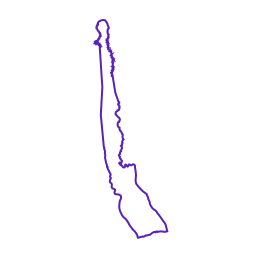 La Tola, Nariño, Colombia, rotated 173°
{"feature_id": "7082276B35669712343607", "entity_name": "La Tola", "entity_type": "district", "adm_level": 2, "iso_a3": "COL", "parent_name": "Colombia", "parent_adm1": "Nariño", "projection": "mercator", "projection_center": [-78.206, 2.35], "detail": "fine", "context": "isolated", "style": "outline", "palette": "violet", "viewbox_px": 256, "rotation_deg": 173, "n_neighbors": 0, "source": "geoboundaries", "source_scale": "gbopen_adm2", "svg_char_len": 5874}
<svg xmlns="http://www.w3.org/2000/svg" viewBox="0 0 256 256"><g transform="rotate(173 128 128)"><path d="M146.2,211.7L148.5,171.7L153.4,144.2L154.3,111.8L153.9,111.4L154.2,109.8L153.8,109.1L153.7,107.6L154.1,105.2L153.8,103.9L154.4,101.6L154.0,96.2L153.5,93.9L153.6,92.2L152.9,91.7L153.2,91.0L153.0,89.7L152.1,87.8L152.1,87.1L151.7,86.5L151.4,85.2L151.0,84.8L151.0,83.4L151.6,82.6L151.8,81.7L151.2,80.7L151.1,80.3L152.1,78.8L152.6,77.2L152.4,76.3L151.1,74.8L150.9,74.2L151.0,73.0L151.4,71.8L151.3,70.8L150.8,70.0L148.8,68.8L148.4,68.3L148.4,67.4L149.1,66.2L149.3,65.4L149.2,64.7L148.9,64.1L147.9,63.7L145.0,63.0L143.8,62.0L143.3,61.1L143.4,59.1L144.8,57.0L145.4,55.3L146.3,51.1L146.3,48.4L146.0,46.5L144.4,41.8L143.7,40.6L141.5,38.1L140.6,36.7L139.0,33.4L138.8,32.6L137.5,29.9L135.4,26.4L134.0,24.7L132.6,22.3L131.8,19.9L131.7,18.4L131.4,17.8L126.8,18.6L126.3,18.2L125.5,18.2L123.4,19.2L122.2,19.0L120.8,19.3L119.2,19.4L116.7,20.9L114.7,21.6L113.7,21.6L113.2,21.1L112.5,21.7L111.9,21.8L111.5,21.3L111.1,21.3L109.9,21.4L107.9,21.4L104.4,20.5L102.9,20.5L101.6,20.7L102.4,27.1L102.7,28.3L108.2,38.5L108.9,39.2L109.9,41.6L111.0,43.0L112.2,43.9L113.8,45.8L114.9,48.1L115.5,50.0L115.6,52.7L116.5,54.7L116.5,56.7L117.3,58.5L117.5,60.1L120.3,62.7L122.0,64.6L125.4,69.5L126.7,71.8L126.9,74.9L125.8,80.1L125.7,85.8L125.9,87.6L125.7,90.0L126.7,91.2L127.8,91.3L129.0,90.6L129.5,90.5L130.1,90.9L130.9,91.6L131.3,91.7L131.7,91.5L132.1,91.0L132.5,90.0L133.3,89.8L133.6,90.1L134.3,91.7L135.0,92.0L135.2,91.9L135.4,91.4L135.9,89.7L136.3,89.4L137.0,89.3L137.8,89.8L138.1,90.2L138.4,91.1L139.8,92.2L141.0,93.8L140.8,94.5L140.1,94.7L139.8,94.5L139.4,93.7L139.1,93.5L138.7,94.6L138.0,95.6L138.0,96.1L138.6,97.0L138.7,97.8L139.0,98.2L139.7,98.8L139.8,99.9L139.5,100.6L140.2,101.4L140.4,102.0L140.2,102.4L139.1,103.2L139.2,103.9L139.0,104.4L138.5,105.3L137.8,105.7L138.0,106.4L137.3,107.0L137.1,107.7L136.5,108.5L136.3,109.5L137.2,111.1L136.0,111.8L136.1,112.8L135.3,113.6L135.2,114.5L135.5,114.9L135.2,115.7L134.7,116.5L133.8,117.1L134.4,118.2L134.6,119.3L134.0,122.1L134.5,122.6L134.5,123.2L134.7,123.3L135.4,125.7L136.2,126.3L136.6,128.1L136.3,129.0L136.4,129.3L137.4,130.1L138.0,132.0L137.5,134.4L137.2,134.9L136.3,135.0L136.0,135.2L135.8,135.6L135.8,136.2L135.2,136.8L135.0,137.3L135.1,138.0L135.5,139.2L137.0,140.7L137.3,141.5L137.9,142.0L138.7,143.3L138.1,145.3L137.1,145.9L136.4,146.1L136.1,146.9L135.2,146.9L134.6,147.3L134.2,148.3L134.3,148.7L133.9,149.1L134.3,149.8L133.7,150.8L133.9,151.4L134.7,152.1L134.6,152.3L134.9,152.8L134.7,153.3L133.8,153.8L133.5,154.4L133.9,155.1L134.3,155.4L134.5,155.9L134.4,156.4L134.6,156.7L136.3,164.8L136.9,181.1L137.3,180.7L137.2,181.0L137.7,181.5L137.4,182.0L137.7,182.3L137.3,183.0L137.4,183.3L137.1,183.1L137.5,183.8L137.3,183.8L137.2,184.1L137.5,184.6L137.1,184.5L137.0,185.0L137.1,185.3L136.7,185.7L137.0,186.6L136.4,186.5L136.4,186.9L136.1,187.1L136.2,187.6L135.9,187.6L136.0,188.0L135.7,188.4L135.4,188.4L135.5,188.7L135.3,188.9L135.3,189.1L135.6,188.9L135.7,189.0L135.5,189.4L135.9,189.4L135.8,189.6L135.9,190.2L135.8,190.4L135.6,190.2L135.2,190.3L135.7,190.7L135.4,190.7L135.5,191.3L135.1,191.2L135.4,192.0L135.8,192.2L135.5,192.2L135.4,192.5L135.4,192.9L135.2,193.5L135.3,193.8L135.1,194.0L135.3,194.7L135.6,195.1L135.4,195.2L135.4,195.7L135.0,195.6L135.1,195.9L134.9,197.2L134.7,197.2L134.8,197.5L134.4,197.3L134.3,197.6L133.9,197.3L134.0,197.6L133.7,198.0L134.1,198.1L134.1,198.5L134.4,198.3L134.5,199.1L134.8,199.2L135.0,199.4L135.0,199.7L135.7,200.3L135.3,200.7L135.4,200.9L135.1,201.1L135.3,201.5L135.6,201.7L135.4,202.1L135.5,202.2L135.6,202.8L135.3,203.1L135.7,203.0L135.3,203.6L135.3,204.2L135.6,204.7L135.4,205.4L135.8,205.5L135.7,205.9L136.0,205.7L136.3,206.1L136.7,206.3L136.4,206.5L136.8,206.8L136.7,207.4L136.9,207.2L137.0,207.4L136.9,207.5L136.9,207.9L137.1,208.0L136.9,208.2L137.8,208.5L137.8,209.1L138.1,209.1L138.0,210.0L138.2,210.3L137.9,210.4L138.1,210.5L138.2,211.0L137.7,211.6L137.9,212.0L137.6,212.3L137.8,212.6L137.6,212.7L137.7,212.8L137.7,213.0L138.2,213.5L138.0,213.8L138.2,214.0L137.9,214.5L137.7,214.5L137.9,214.7L137.8,214.9L138.0,215.1L137.6,215.1L137.7,215.3L137.5,215.2L137.5,215.6L137.4,216.2L138.4,217.4L138.2,217.5L138.3,217.9L138.0,217.9L138.1,218.3L137.6,218.2L137.7,218.8L137.1,219.1L137.0,219.6L136.8,219.7L136.8,220.1L136.6,220.0L136.5,220.3L136.2,220.3L136.1,221.8L136.3,222.3L135.8,223.1L136.3,223.5L136.5,224.2L136.7,225.5L136.5,225.8L136.6,226.5L135.9,228.7L135.3,228.9L134.9,229.4L135.0,229.9L134.9,230.3L135.3,231.3L135.3,231.8L135.6,232.3L135.8,234.4L136.2,235.0L136.3,235.5L136.9,236.3L137.4,237.5L138.1,237.9L139.1,238.1L141.0,238.2L144.0,237.2L145.0,236.0L145.1,235.1L145.0,234.6L145.2,234.2L145.8,234.4L146.0,233.3L146.5,233.1L146.6,232.7L146.9,232.5L146.9,232.1L147.2,231.3L146.8,231.1L146.9,230.9L146.0,228.5L146.1,228.3L145.5,227.6L145.4,227.3L145.1,227.2L145.1,226.9L144.8,226.6L144.7,225.6L144.4,225.6L144.4,225.8L144.2,225.6L144.2,225.1L144.0,224.9L144.1,224.6L144.0,224.2L144.1,223.8L144.3,223.7L144.0,223.1L144.7,222.5L144.4,222.2L145.0,222.0L145.1,221.7L145.4,221.6L145.6,221.0L145.5,220.8L145.7,220.6L145.7,220.3L146.0,220.3L146.5,219.7L146.8,219.7L146.9,219.1L147.1,219.0L146.8,218.9L147.0,218.5L147.3,218.6L147.4,218.4L148.0,218.2L148.3,218.4L148.6,218.3L148.7,218.2L149.0,217.9L149.7,218.1L149.8,218.0L149.7,217.8L150.1,217.1L150.1,216.8L150.4,217.0L150.4,216.6L150.6,216.4L150.2,216.3L150.4,216.0L149.7,215.9L149.6,215.6L149.5,215.8L149.2,215.7L149.1,215.9L148.9,215.8L148.8,216.0L148.6,215.9L148.5,216.1L148.2,215.9L148.0,216.2L147.8,216.2L147.8,215.8L147.5,215.9L147.3,215.6L147.1,215.9L146.9,215.6L147.1,215.5L147.1,215.4L146.6,215.3L146.7,215.2L146.2,215.2L145.7,214.4L146.1,214.5L146.3,214.2L146.1,214.0L146.3,213.8L145.6,213.7L145.4,212.8L145.6,212.5L145.4,212.3L145.7,212.3L145.6,211.8L145.8,211.6L146.2,211.7Z" fill="none" stroke="#5b21b6" stroke-width="2"/></g></svg>